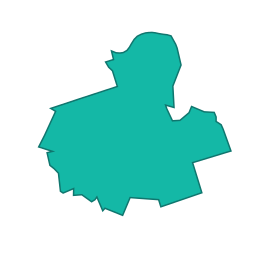 Severiano de Almeida, Rio Grande do Sul, Brazil, rotated 342°
{"feature_id": "56859067B97276934457423", "entity_name": "Severiano de Almeida", "entity_type": "district", "adm_level": 2, "iso_a3": "BRA", "parent_name": "Brazil", "parent_adm1": "Rio Grande do Sul", "projection": "albers", "projection_center": [-52.105, -27.41], "detail": "fine", "context": "isolated", "style": "filled", "palette": "teal", "viewbox_px": 256, "rotation_deg": 342, "n_neighbors": 0, "source": "geoboundaries", "source_scale": "gbopen_adm2", "svg_char_len": 960}
<svg xmlns="http://www.w3.org/2000/svg" viewBox="0 0 256 256"><g transform="rotate(342 128 128)"><path d="M136.1,49.6L135.4,58.4L127.1,58.3L128.4,64.2L130.9,68.8L130.7,85.2L90.8,85.3L60.6,85.5L64.3,89.8L46.5,109.1L37.2,118.4L49.0,126.9L43.4,126.5L42.2,139.4L45.2,143.9L47.9,149.5L44.2,167.3L46.2,169.8L57.6,168.8L55.4,175.2L63.5,177.2L70.6,186.9L74.4,186.0L77.1,184.0L78.4,198.9L81.3,197.2L95.9,209.4L108.5,194.8L122.9,200.7L135.0,205.6L134.9,213.1L178.2,212.4L178.7,180.9L211.3,181.5L218.8,181.7L218.1,158.5L217.6,153.7L213.8,149.0L215.2,144.7L214.8,139.8L205.5,136.2L195.1,127.2L190.8,132.3L179.8,136.8L172.5,134.9L170.8,121.6L170.8,117.8L178.1,122.7L183.6,102.0L197.9,84.5L199.4,67.2L199.2,63.1L197.4,53.7L194.0,51.4L190.7,49.9L186.6,47.8L183.3,45.9L180.3,44.5L177.0,43.6L174.0,43.0L169.8,42.9L165.2,43.6L161.3,45.6L157.2,49.0L154.5,51.5L151.0,53.9L146.8,54.8L143.4,54.2L139.9,52.8L136.1,49.6Z" fill="#14b8a6" stroke="#0f766e" stroke-width="1.5"/></g></svg>